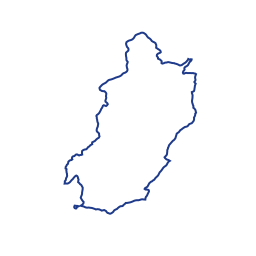 Itinga, Minas Gerais, Brazil, rotated 48°
{"feature_id": "56859067B30106528147122", "entity_name": "Itinga", "entity_type": "district", "adm_level": 2, "iso_a3": "BRA", "parent_name": "Brazil", "parent_adm1": "Minas Gerais", "projection": "equal_earth", "projection_center": [-41.85, -16.599], "detail": "fine", "context": "isolated", "style": "outline", "palette": "blue", "viewbox_px": 256, "rotation_deg": 48, "n_neighbors": 0, "source": "geoboundaries", "source_scale": "gbopen_adm2", "svg_char_len": 5823}
<svg xmlns="http://www.w3.org/2000/svg" viewBox="0 0 256 256"><g transform="rotate(48 128 128)"><path d="M154.1,215.2L155.1,214.6L156.1,213.8L157.0,213.3L158.1,212.9L159.3,212.2L160.1,211.4L160.8,210.4L161.6,209.8L162.4,209.1L163.2,208.4L164.0,207.9L166.2,206.7L167.0,206.4L167.8,205.1L169.1,203.9L170.0,203.5L170.8,203.1L171.7,202.9L172.4,201.8L173.0,200.6L174.1,200.2L175.0,199.9L176.4,200.1L177.4,200.0L178.1,199.5L178.9,199.2L179.7,198.7L180.2,197.5L180.4,196.1L180.4,194.9L180.0,193.6L180.1,192.6L180.5,191.2L180.8,190.3L180.7,189.1L180.8,187.3L181.1,186.0L181.7,185.2L182.4,184.2L182.2,182.9L182.3,181.2L182.2,179.8L183.1,178.8L184.7,176.2L185.3,174.8L185.8,173.5L186.2,172.1L186.8,170.9L187.6,169.7L188.6,168.7L189.3,167.4L189.9,166.0L190.7,164.9L191.9,163.9L192.8,163.0L191.8,161.9L191.2,160.8L191.0,159.2L190.3,157.7L189.7,156.2L189.2,154.9L188.2,154.2L187.2,154.5L186.5,155.1L185.4,156.2L184.4,156.4L184.1,155.4L184.4,154.2L184.6,152.8L184.2,151.6L183.3,149.2L183.3,148.1L183.3,147.0L183.7,145.8L183.7,144.4L184.0,143.2L183.5,140.9L183.5,139.4L183.4,137.4L183.0,136.3L182.1,134.0L182.1,132.9L181.9,131.6L181.6,130.1L181.3,129.1L181.1,127.8L181.2,126.3L181.4,124.8L181.2,123.7L180.7,122.5L180.3,121.2L180.2,119.9L180.4,118.9L179.6,119.1L178.6,119.5L177.8,120.0L177.1,120.4L175.0,120.6L174.2,120.4L174.0,117.6L173.5,116.5L171.6,114.4L170.7,113.6L170.1,112.2L169.4,111.4L169.1,110.3L168.3,109.2L167.9,106.4L167.7,104.7L167.5,103.2L167.7,102.3L167.6,101.1L167.3,99.6L166.5,98.3L166.0,97.5L165.5,96.6L164.8,95.6L164.9,94.3L165.1,93.1L164.8,91.5L164.6,90.4L164.9,89.2L164.9,87.9L165.1,86.5L165.3,85.1L165.8,84.2L166.3,83.3L166.5,82.2L166.3,81.1L166.1,79.8L167.1,77.4L166.9,76.0L166.7,74.7L166.1,73.5L165.4,72.7L164.5,72.1L163.8,70.2L163.1,69.1L162.3,68.4L162.2,67.2L161.4,66.8L160.4,66.2L159.5,65.8L158.5,65.7L157.4,65.7L156.7,65.9L155.3,64.6L154.2,64.3L153.3,63.8L152.3,63.4L151.3,62.8L150.4,62.0L149.7,61.1L148.9,60.1L146.8,58.0L145.9,57.6L144.9,57.2L144.0,56.5L144.5,55.3L144.7,54.3L144.1,53.2L143.2,52.2L142.5,51.3L141.9,50.6L141.3,49.9L140.9,49.1L140.3,48.0L139.3,48.1L138.2,47.9L137.8,46.2L137.2,45.5L136.3,45.0L135.5,44.5L134.7,43.6L134.1,42.5L133.5,41.4L132.4,41.7L131.6,42.4L130.7,42.9L130.1,43.7L129.3,44.5L128.4,45.4L127.5,46.5L126.7,47.3L125.9,47.9L125.4,48.8L125.1,50.1L124.4,50.5L123.5,50.1L122.8,48.9L122.7,47.6L122.3,46.7L121.6,46.4L121.0,45.7L120.9,44.5L121.3,43.1L121.4,41.5L121.0,40.3L120.6,39.2L120.2,38.2L120.3,36.9L120.1,35.6L119.6,34.8L118.9,35.3L118.8,36.4L117.9,36.6L117.0,37.0L117.5,38.0L117.6,39.1L117.8,40.2L117.8,41.7L117.5,43.2L117.3,44.6L117.2,45.9L116.7,47.0L116.1,47.7L113.9,48.5L113.2,48.9L112.3,49.4L111.5,50.0L110.7,50.3L110.0,51.0L109.1,51.8L108.0,52.5L107.2,53.1L106.4,53.6L105.8,54.2L105.1,55.6L104.2,56.7L103.8,58.1L103.1,59.4L102.3,59.7L101.5,59.0L100.9,58.3L100.2,58.2L99.2,58.4L98.1,58.5L97.4,59.0L96.5,59.3L95.6,58.5L94.6,58.5L93.7,58.4L92.9,57.4L92.8,56.2L93.1,55.1L93.5,54.1L93.6,53.0L92.8,52.4L91.9,52.3L90.9,52.4L89.6,52.8L88.3,53.1L87.2,53.4L86.2,52.3L85.3,51.5L84.4,51.2L83.4,50.8L82.4,51.0L81.7,51.2L80.9,51.6L79.2,52.1L77.9,51.9L76.8,51.9L75.6,52.1L74.6,52.5L72.9,52.5L72.1,52.4L71.1,52.2L69.9,52.2L68.9,52.5L67.9,52.7L67.1,53.2L66.0,54.5L65.6,56.1L65.0,57.4L64.5,58.8L64.1,60.2L64.4,61.7L64.9,62.9L65.1,64.3L65.0,65.8L64.5,67.2L63.9,68.3L63.5,69.4L63.3,70.5L63.2,71.7L64.1,73.1L65.2,73.7L66.4,74.2L67.3,74.5L68.3,74.4L69.5,74.7L70.2,75.3L70.7,76.0L70.7,77.4L70.7,79.0L71.5,80.0L73.3,81.4L74.2,81.9L75.0,82.4L75.6,83.0L76.5,83.7L77.6,83.9L78.5,83.9L79.2,84.6L79.8,86.0L80.6,87.2L81.8,88.0L82.8,88.6L83.7,88.9L84.6,89.6L85.1,90.6L85.2,91.7L85.0,93.0L84.5,94.1L84.2,95.1L84.2,96.4L84.4,97.6L84.2,98.9L83.9,100.0L83.4,101.1L82.8,102.4L82.3,103.5L82.0,104.5L81.7,105.4L81.1,107.0L80.4,108.5L79.8,109.5L79.4,110.5L79.4,112.1L79.5,114.0L79.1,115.7L78.7,117.3L78.6,118.5L78.8,120.9L79.0,122.2L79.7,122.8L81.0,123.3L82.1,122.9L83.1,122.6L84.1,121.7L84.9,120.9L85.9,120.8L86.9,120.8L87.8,121.0L88.5,121.7L89.2,122.6L89.9,123.3L91.0,123.9L91.7,125.0L92.2,125.9L92.7,126.7L93.4,127.1L94.5,126.9L95.9,126.8L96.8,127.1L97.1,128.5L97.0,129.6L96.1,130.1L94.9,130.7L94.7,131.8L95.2,132.7L95.6,133.6L95.9,135.0L96.6,136.5L97.1,137.9L97.6,139.4L97.7,141.2L97.5,142.5L97.9,143.5L98.9,143.8L100.0,144.8L101.1,145.3L101.9,145.9L102.9,146.5L103.8,146.9L104.5,147.0L105.3,147.7L105.9,148.6L106.5,149.2L107.0,150.1L107.5,151.3L108.4,152.5L109.2,153.2L110.4,153.4L111.5,153.2L112.7,153.2L114.2,154.4L115.1,154.7L115.7,156.1L115.4,157.7L115.3,159.0L115.4,160.0L115.5,161.3L115.1,162.8L114.7,164.2L115.3,164.9L116.1,165.4L115.6,167.5L115.8,169.1L115.5,170.5L115.9,172.2L115.8,173.5L115.1,174.4L114.7,175.3L114.4,176.4L114.4,177.5L115.2,178.4L116.0,179.1L117.1,179.8L116.7,180.8L116.1,181.5L115.7,182.7L114.8,183.1L113.9,183.3L113.0,184.2L112.9,185.4L113.0,186.6L112.3,187.7L112.3,189.0L113.1,190.1L114.0,190.3L114.0,191.4L113.3,192.5L113.1,193.5L113.1,194.8L113.9,195.8L114.5,196.8L114.4,198.0L114.9,198.9L115.2,200.3L116.3,201.5L117.1,201.1L117.8,201.5L118.3,202.3L119.2,202.8L120.1,203.5L121.1,203.9L121.9,204.6L122.8,205.2L123.4,206.2L123.8,207.4L124.4,208.3L125.1,209.2L125.3,210.6L126.2,211.4L126.9,212.3L127.5,211.5L128.2,210.8L128.9,210.0L129.2,209.0L129.4,207.5L129.2,206.1L129.0,204.7L129.0,203.0L128.7,201.8L128.6,200.7L128.5,199.6L128.7,198.3L129.8,197.9L130.7,198.1L131.4,198.4L132.1,198.9L133.1,199.1L134.0,200.3L134.9,201.3L136.1,201.1L137.0,201.1L137.8,201.2L138.6,200.9L139.5,200.9L140.4,201.2L141.9,201.5L143.1,202.6L144.6,204.5L145.4,205.5L146.2,206.2L146.8,207.1L147.4,208.4L148.2,209.8L150.0,210.2L151.1,210.4L152.1,210.5L153.1,210.4L154.0,211.2L154.3,212.3L154.4,213.6L154.1,215.2ZM153.2,220.2L152.6,218.9L153.1,217.1L152.3,217.5L151.7,218.2L150.9,218.8L150.0,219.6L150.7,220.9L151.8,221.2L152.6,220.9L153.2,220.2Z" fill="none" stroke="#1e3a8a" stroke-width="2"/></g></svg>